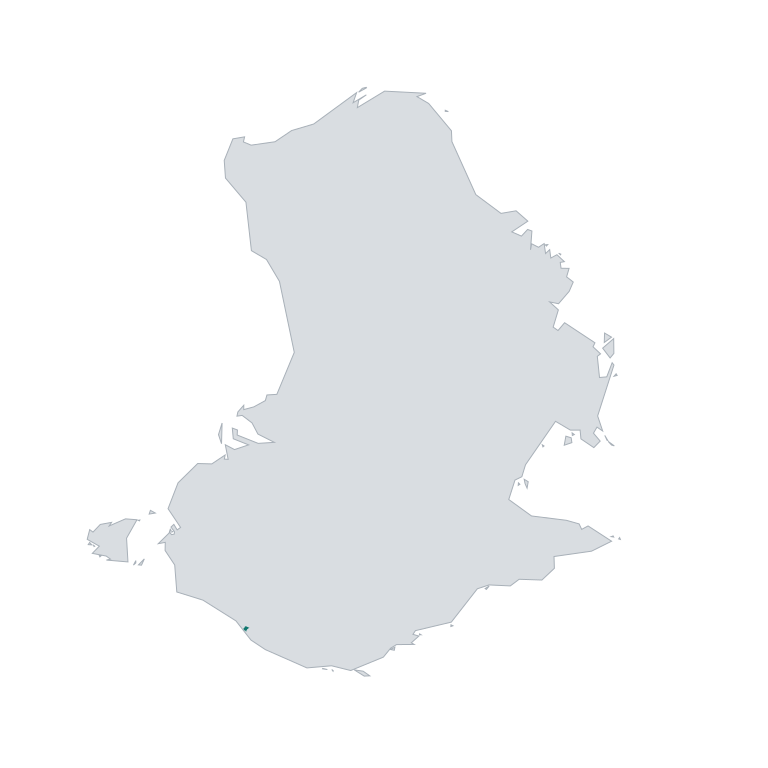 location of Newcastle, New South Wales, Australia, rotated 101°
{"feature_id": "25037944B69528063359333", "entity_name": "Newcastle", "entity_type": "district", "adm_level": 2, "iso_a3": "AUS", "parent_name": "Australia", "parent_adm1": "New South Wales", "projection": "albers", "projection_center": [151.75, -32.876], "detail": "fine", "context": "in_parent", "style": "filled", "palette": "teal", "viewbox_px": 768, "rotation_deg": 101, "n_neighbors": 0, "source": "geoboundaries", "source_scale": "gbopen_adm2", "svg_char_len": 4798}
<svg xmlns="http://www.w3.org/2000/svg" viewBox="0 0 768 768"><g transform="rotate(101 384 384)"><path d="M508.5,148.4L520.9,184.2L532.4,181.6L546.3,191.6L549.9,214.1L558.1,221.5L561.2,242.6L567.2,253.3L604.9,272.5L620.1,306.1L624.2,307.8L624.8,301.7L632.8,307.8L633.9,304.7L637.4,322.0L642.1,327.1L652.2,332.5L671.6,362.0L670.6,381.7L677.4,405.5L667.4,449.7L660.7,465.8L644.8,484.1L630.7,520.5L627.7,547.7L601.6,554.9L589.2,567.1L581.2,568.5L583.8,575.1L570.7,566.1L572.4,563.7L571.4,561.3L569.1,561.4L565.1,565.8L561.9,563.5L566.7,559.2L563.6,556.3L547.6,572.2L520.3,567.3L497.6,551.7L495.3,537.8L484.0,526.4L488.2,526.4L487.7,522.6L473.9,528.2L476.9,518.2L469.6,505.3L466.5,521.5L456.2,524.5L457.1,519.1L462.1,518.4L466.3,496.2L462.2,480.5L457.2,498.2L447.4,506.1L441.9,517.2L443.6,522.2L439.3,522.1L431.6,517.6L435.9,516.8L431.3,507.4L422.9,497.3L417.1,496.8L414.6,487.2L370.1,478.1L303.2,506.2L284.2,523.1L278.4,539.6L231.9,554.2L212.1,578.9L195.0,583.5L172.2,579.1L168.0,568.0L173.2,568.2L174.9,560.0L167.0,537.2L152.8,523.0L142.2,502.6L103.2,466.5L113.8,468.0L103.5,456.5L110.2,463.0L117.8,462.9L96.4,439.3L90.6,398.2L95.6,406.5L100.1,393.7L122.6,366.1L133.1,363.6L180.6,330.0L194.2,301.7L188.8,287.4L196.7,273.9L210.3,287.6L212.6,277.3L204.9,272.5L205.6,268.0L224.3,265.8L218.2,265.8L220.3,258.4L215.6,253.6L225.1,250.3L220.5,247.0L228.5,244.3L224.1,238.9L229.5,230.3L231.0,234.2L236.6,232.3L235.2,224.4L244.0,225.2L247.8,217.7L257.7,219.9L271.9,228.0L271.8,237.1L278.0,227.0L295.9,228.8L298.3,223.4L289.4,218.4L303.3,184.8L307.6,185.9L313.1,177.2L316.1,179.9L336.5,173.7L334.5,166.7L319.6,164.1L321.5,161.9L374.6,168.2L388.4,160.4L385.7,166.7L392.3,169.0L398.8,160.9L406.4,165.9L400.3,180.2L391.8,182.7L393.7,192.2L387.9,208.5L436.3,229.7L448.7,231.0L453.3,237.1L473.6,239.5L485.4,214.0L483.0,179.0L484.1,165.8L489.0,162.2L484.4,156.6L494.9,130.6L508.5,148.4ZM564.4,600.6L584.5,607.3L607.5,601.4L609.8,622.9L608.1,619.1L605.9,623.8L605.9,638.0L597.5,632.5L593.1,645.7L583.1,645.1L584.9,641.4L576.0,635.7L571.8,625.0L575.8,626.7L565.7,612.0L564.4,600.6ZM295.6,167.2L310.1,164.2L315.3,167.0L307.1,176.2L295.6,167.2ZM453.2,535.5L473.6,532.1L465.3,536.8L453.2,535.5ZM405.7,188.4L409.7,195.4L400.5,195.5L401.1,190.0L405.7,188.4ZM670.3,358.6L669.9,349.7L673.2,342.3L674.5,347.7L670.3,358.6ZM601.4,585.9L608.1,587.5L608.4,590.5L601.4,585.9ZM294.6,169.6L301.2,175.7L291.9,177.2L294.6,169.6ZM556.5,589.7L552.6,589.2L554.3,583.9L556.5,589.7ZM458.9,223.7L454.9,226.5L450.8,228.2L452.4,223.8L458.9,223.7ZM102.4,464.6L97.9,461.7L96.2,458.1L96.6,457.7L102.4,464.6ZM607.0,593.5L609.6,595.4L604.7,593.9L607.0,593.5ZM640.3,323.1L643.4,323.1L643.4,327.0L640.3,323.1ZM562.2,242.2L566.1,244.3L565.5,245.7L562.2,242.2ZM597.7,640.2L598.1,643.7L595.7,642.7L597.7,640.2ZM675.1,385.1L675.3,390.0L674.9,389.9L675.1,385.1ZM332.5,159.7L329.7,158.1L331.1,156.8L332.5,159.7ZM400.5,149.0L397.5,153.1L400.8,146.1L400.5,149.0ZM675.7,379.2L674.2,380.8L675.2,379.1L675.7,379.2ZM415.4,216.0L413.5,217.0L414.3,215.1L415.4,216.0ZM398.6,189.3L396.1,190.0L397.3,187.5L398.6,189.3ZM104.3,372.8L104.7,375.9L103.6,376.1L104.3,372.8ZM490.4,129.3L490.5,131.8L489.4,130.1L490.4,129.3ZM569.2,562.7L569.8,564.3L569.1,563.8L569.2,562.7ZM396.7,154.3L392.3,157.5L396.7,153.6L396.7,154.3ZM223.5,235.3L222.3,237.5L222.8,235.2L223.5,235.3ZM598.9,637.6L597.8,638.3L598.4,637.0L598.9,637.6ZM457.9,232.9L455.4,233.2L456.5,231.5L457.9,232.9ZM217.6,250.9L216.6,252.2L215.9,249.9L217.6,250.9ZM607.9,629.9L606.3,631.0L606.7,629.0L607.9,629.9ZM491.5,122.3L491.3,124.1L489.8,123.4L491.5,122.3ZM568.3,565.0L570.2,566.4L567.3,566.1L568.3,565.0ZM609.3,272.1L607.6,272.3L608.2,270.2L609.3,272.1ZM623.4,301.4L622.5,301.4L623.1,299.8L623.4,301.4ZM565.0,597.9L564.7,599.3L564.1,597.7L565.0,597.9Z" fill="#d9dde1" stroke="#a8b0b8" stroke-width="1"/><path d="M649.1,472.6L649.0,473.0L649.5,473.1L649.4,473.5L649.6,473.5L650.0,473.6L650.1,473.9L650.3,474.0L650.7,474.0L650.8,474.2L651.0,474.0L651.1,473.9L651.3,473.8L651.4,473.7L651.4,473.8L651.4,473.7L651.5,473.7L651.6,473.4L651.6,473.5L651.4,473.6L651.2,473.6L651.1,473.4L651.1,473.5L651.2,473.4L651.3,473.5L651.3,473.4L651.2,473.3L651.2,473.2L650.9,472.9L650.7,472.8L650.8,472.8L651.0,472.8L651.2,473.0L651.2,472.9L651.2,473.0L651.3,473.0L651.4,472.9L651.4,472.7L651.3,472.4L651.2,472.4L650.9,472.4L650.7,472.3L650.6,472.2L650.7,472.3L650.7,472.2L650.4,472.1L650.2,472.1L650.2,472.3L650.3,472.3L650.5,472.5L650.7,472.8L650.5,472.7L650.4,472.7L650.3,472.4L650.2,472.3L650.2,472.2L650.1,471.9L650.2,471.7L650.3,471.7L649.7,471.5L649.6,471.4L649.6,471.5L649.4,471.4L649.3,471.7L649.2,472.2L649.1,472.4L649.1,472.6ZM651.6,472.8L651.5,473.0L651.4,473.1L651.4,473.3L651.4,473.5L651.5,473.5L651.5,473.4L651.5,473.2L651.7,472.9L651.8,472.8L651.6,472.8Z" fill="#14b8a6" stroke="#0f766e" stroke-width="1.5"/></g></svg>